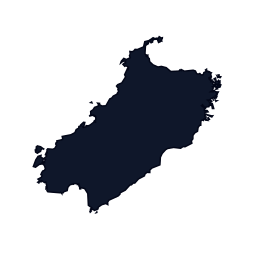 Sardegna, Nuoro, Italy, rotated 47°
{"feature_id": "23120603B31191283857260", "entity_name": "Sardegna", "entity_type": "district", "adm_level": 2, "iso_a3": "ITA", "parent_name": "Italy", "parent_adm1": "Nuoro", "projection": "mercator", "projection_center": [9.015, 40.086], "detail": "fine", "context": "isolated", "style": "filled", "palette": "ink", "viewbox_px": 256, "rotation_deg": 47, "n_neighbors": 0, "source": "geoboundaries", "source_scale": "gbopen_adm2", "svg_char_len": 5685}
<svg xmlns="http://www.w3.org/2000/svg" viewBox="0 0 256 256"><g transform="rotate(47 128 128)"><path d="M88.4,217.1L91.6,223.5L93.6,222.4L94.1,217.8L95.5,215.6L94.9,215.5L94.9,215.1L98.3,214.7L101.3,216.1L102.0,217.9L101.3,219.7L101.8,221.6L102.7,223.5L104.0,223.0L105.0,224.9L104.0,228.7L106.5,228.6L106.1,231.0L107.4,230.7L106.7,229.0L108.1,228.4L107.7,227.1L111.1,226.2L111.4,225.0L115.2,227.0L115.0,227.8L116.5,229.4L116.8,228.1L118.5,230.0L120.0,230.1L129.2,221.7L129.1,221.0L130.7,221.1L130.2,220.7L131.1,219.8L130.9,218.2L132.3,215.2L130.4,212.6L129.9,209.6L131.4,206.1L132.2,206.7L132.4,206.8L131.4,206.1L133.3,203.8L134.1,203.2L134.5,203.5L135.1,203.8L135.4,203.9L134.3,203.3L135.3,202.5L135.6,203.7L135.4,202.1L137.6,203.2L136.7,203.3L136.4,203.6L137.6,203.2L139.6,204.8L140.2,204.2L139.6,203.8L139.9,202.9L142.7,201.0L148.5,202.1L157.5,209.7L161.7,208.9L161.7,210.8L163.1,212.0L163.0,209.9L164.0,208.8L165.3,208.9L165.9,207.6L166.7,205.2L165.6,203.7L166.2,199.5L168.1,195.7L170.2,195.0L168.3,193.4L167.8,191.1L171.0,181.4L170.9,179.0L170.0,178.0L171.6,172.4L171.0,165.6L171.9,164.2L171.8,161.7L172.9,160.6L172.4,155.1L174.2,148.6L173.3,147.3L173.3,144.5L175.4,142.4L173.6,140.7L173.6,137.7L176.7,129.8L171.5,124.3L169.9,120.3L169.5,115.2L170.0,113.0L173.3,107.9L178.7,103.3L179.1,100.4L180.6,99.1L182.7,91.7L180.6,90.4L180.2,88.0L177.7,85.6L177.1,82.5L177.8,79.4L175.4,76.4L174.9,73.8L175.6,72.9L172.6,70.0L172.7,68.3L173.9,67.7L173.2,66.7L173.5,65.7L175.0,66.0L176.3,64.9L174.7,65.1L173.2,63.4L172.2,64.1L171.4,63.5L171.5,61.8L170.7,62.4L169.0,61.0L170.8,58.4L169.2,58.2L167.2,60.2L165.5,58.4L161.8,59.1L162.0,58.1L162.7,58.3L163.1,58.2L162.2,58.0L161.7,57.8L161.7,57.6L166.4,57.7L165.9,56.5L167.6,54.3L166.8,53.0L168.7,51.3L171.3,53.0L172.2,52.0L167.6,49.7L167.1,50.7L166.4,50.3L166.5,51.4L165.1,51.3L165.5,48.4L163.3,49.1L163.1,50.7L161.8,50.9L163.2,48.7L163.0,47.1L164.1,46.4L163.4,45.7L163.7,44.6L164.3,43.9L164.2,44.5L164.9,44.9L166.2,43.1L165.5,41.4L164.1,41.8L164.5,40.2L163.2,40.1L164.0,39.8L163.2,38.2L162.1,38.7L162.6,39.0L162.9,39.5L159.4,39.3L159.7,40.9L157.8,42.9L158.1,40.0L157.0,39.4L157.0,38.3L155.4,38.1L156.6,36.4L153.2,35.9L152.7,33.9L151.1,34.1L150.6,34.9L151.5,35.0L150.7,35.8L150.0,34.2L149.6,35.2L148.0,35.1L148.7,34.3L147.8,32.9L147.1,35.1L146.4,34.5L147.4,32.1L144.6,30.6L144.5,29.4L142.5,30.3L141.7,31.7L141.8,30.4L139.8,31.5L138.6,30.5L138.4,31.7L140.1,32.0L139.2,34.7L140.3,36.7L139.1,38.3L137.1,38.3L136.4,40.1L134.9,40.7L132.3,39.8L130.2,40.9L124.9,48.0L121.6,49.2L122.1,50.1L120.9,50.4L121.1,52.0L115.8,58.2L109.9,58.9L105.7,61.6L103.8,64.5L98.9,66.6L94.2,66.9L91.7,65.1L90.3,65.3L90.6,64.5L90.2,65.4L89.3,65.3L89.3,64.5L88.8,65.5L87.8,65.7L87.8,64.6L87.3,65.3L87.5,64.4L89.7,64.3L87.4,64.4L87.3,65.3L85.2,64.9L80.0,59.4L79.3,56.9L79.9,57.1L80.2,55.6L77.9,53.9L76.3,56.8L79.3,61.3L77.0,67.6L75.3,69.2L75.6,71.5L75.0,73.0L73.3,74.4L75.4,75.9L76.1,77.6L78.1,78.4L76.8,82.5L74.2,83.6L74.6,87.4L75.5,89.0L75.7,86.2L77.4,84.1L79.0,85.6L78.0,86.2L78.0,88.3L80.7,88.3L81.0,87.0L83.8,86.2L85.4,88.1L84.7,88.7L85.2,89.0L84.5,88.6L86.7,94.1L89.0,94.9L90.8,101.8L89.3,105.9L89.5,107.8L92.8,108.2L93.0,109.2L94.8,109.8L95.3,112.2L96.0,112.3L94.6,117.0L95.0,119.5L94.3,121.5L96.7,129.0L94.1,132.1L91.4,132.9L90.6,132.0L89.1,133.3L90.8,133.6L91.6,134.9L90.1,138.4L90.8,141.0L90.4,144.0L92.9,146.1L92.9,148.3L94.9,144.4L96.6,143.9L96.3,144.6L97.7,144.1L99.1,145.0L100.0,146.0L99.9,147.7L100.3,147.5L100.5,147.8L101.6,147.6L101.6,147.8L100.5,147.9L100.0,153.5L99.3,155.6L97.7,157.0L98.5,157.7L97.2,160.4L96.4,160.2L97.0,159.7L94.5,155.8L93.5,156.6L93.5,160.5L94.2,160.8L93.4,162.9L94.5,164.2L93.8,166.9L95.2,170.0L94.0,174.4L89.3,181.9L91.4,183.1L91.5,184.3L88.9,188.8L90.0,189.5L89.7,190.5L90.4,191.8L92.0,192.2L93.0,195.6L92.2,197.6L88.5,200.9L88.6,202.1L90.8,203.7L90.1,203.9L91.5,207.3L91.3,205.4L93.1,206.9L93.0,210.6L94.9,209.9L95.8,212.9L96.4,212.8L94.9,215.1L94.3,212.9L92.4,210.8L89.8,211.7L88.7,210.3L87.4,213.1L88.4,217.1ZM85.4,41.3L84.9,42.3L82.5,42.9L83.3,45.2L82.1,45.4L81.0,47.3L79.1,48.1L78.9,49.4L79.8,49.6L78.6,51.0L78.4,52.7L81.4,53.0L81.9,51.4L80.9,50.4L80.9,49.3L80.4,49.6L80.1,49.6L83.0,46.0L86.3,47.3L86.9,45.5L86.4,44.8L87.5,44.1L85.9,43.0L86.1,42.1L85.4,41.3ZM84.8,204.2L82.1,204.7L79.3,206.5L79.3,208.1L81.1,209.0L80.7,209.6L81.5,210.1L80.9,210.8L82.6,212.0L84.6,211.5L85.3,208.0L84.7,207.8L85.3,207.7L84.6,206.5L84.8,204.2ZM156.3,28.7L155.9,30.2L155.6,30.1L155.4,29.4L155.0,29.3L155.2,30.6L153.6,31.6L153.9,33.6L157.5,33.3L157.4,32.0L158.2,31.7L157.6,31.5L157.3,32.4L157.1,32.5L157.5,31.0L156.7,29.6L157.2,29.5L156.3,28.7ZM159.7,30.6L158.9,30.8L159.0,32.5L158.2,32.5L158.1,34.1L158.7,34.5L157.9,34.3L157.9,35.3L157.2,35.4L157.7,36.1L158.5,35.2L159.6,37.2L160.4,35.8L159.2,35.5L160.8,32.8L159.7,30.6ZM177.1,59.2L176.8,57.8L176.3,58.5L172.7,60.8L172.7,61.1L177.1,59.2ZM151.2,29.9L150.7,31.5L151.7,32.0L152.6,30.9L151.2,29.9ZM177.2,62.6L175.4,62.2L175.1,62.8L176.7,63.6L177.2,62.6ZM156.2,33.8L155.0,34.7L154.9,35.3L156.3,35.5L156.2,33.8ZM153.8,25.2L152.6,26.2L152.8,27.0L154.1,26.1L153.8,25.2ZM152.5,27.1L150.9,27.4L152.3,27.9L152.5,27.1ZM151.3,25.2L150.8,25.8L151.8,26.0L151.0,26.3L152.5,26.4L151.3,25.2ZM78.8,53.1L78.7,54.2L79.4,54.2L79.5,53.6L78.8,53.1ZM85.0,137.2L84.2,136.9L84.0,137.9L85.0,137.2ZM168.6,44.6L168.1,45.1L167.8,45.1L168.4,45.5L168.6,44.6ZM166.7,46.3L166.0,46.1L166.1,46.3L166.7,46.3ZM163.8,212.4L163.3,212.8L163.8,213.0L163.8,212.4ZM153.8,25.2L153.2,25.0L153.8,25.2ZM168.5,208.4L168.2,208.2L168.3,208.8L168.5,208.4ZM163.2,37.4L162.9,37.7L163.3,37.7L163.2,37.4ZM85.8,203.9L85.3,204.0L85.8,204.1L85.8,203.9ZM171.4,61.1L171.1,61.3L171.5,61.1L171.4,61.1Z" fill="#0f172a" stroke="#020617" stroke-width="1.5"/></g></svg>